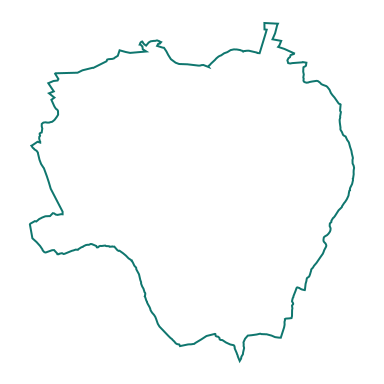 Martinesti, Hunedoara, Romania (Equal Earth projection)
{"feature_id": "2599482B2087288653186", "entity_name": "Martinesti", "entity_type": "district", "adm_level": 2, "iso_a3": "ROU", "parent_name": "Romania", "parent_adm1": "Hunedoara", "projection": "equal_earth", "projection_center": [23.115, 45.787], "detail": "fine", "context": "isolated", "style": "outline", "palette": "teal", "viewbox_px": 384, "rotation_deg": 0, "n_neighbors": 0, "source": "geoboundaries", "source_scale": "gbopen_adm2", "svg_char_len": 5833}
<svg xmlns="http://www.w3.org/2000/svg" viewBox="0 0 384 384"><path d="M291.5,318.1L292.0,316.1L292.1,309.9L292.4,308.4L292.0,305.7L292.1,305.4L293.1,304.2L293.2,303.8L292.8,302.6L292.1,301.6L292.0,301.2L292.7,298.2L293.4,297.0L293.4,296.3L295.5,291.0L296.5,288.1L297.0,287.5L297.4,287.4L299.3,288.0L300.6,288.9L302.0,289.5L304.2,290.0L304.8,290.1L304.9,289.9L305.6,283.8L306.4,281.0L306.7,278.9L307.1,278.0L307.5,277.6L308.4,277.2L309.2,276.4L310.0,274.4L310.8,271.6L311.1,270.8L311.2,269.7L311.5,269.1L312.9,267.7L314.0,265.8L316.5,262.9L320.8,256.6L322.8,253.8L323.5,252.2L324.2,250.2L326.1,246.6L326.3,245.6L326.2,245.0L325.6,243.6L324.1,242.0L323.7,241.4L323.5,240.7L323.5,239.5L323.8,237.6L324.0,237.2L324.9,236.4L327.1,235.1L328.4,233.8L329.3,232.6L330.0,231.5L330.4,230.3L330.6,228.7L330.4,227.7L329.7,226.2L329.7,225.6L329.8,223.8L330.0,223.3L331.3,222.1L331.4,221.7L331.3,221.1L331.6,220.4L333.0,218.1L333.9,217.4L334.9,216.1L338.6,210.3L341.8,207.2L342.0,206.3L344.1,203.1L345.2,201.8L346.9,199.1L348.5,195.6L349.0,192.3L349.4,190.6L349.8,190.1L350.0,190.1L349.9,188.9L350.3,187.6L352.1,184.0L353.0,180.1L352.8,178.6L353.1,178.3L353.7,174.2L353.6,172.3L353.7,170.1L354.1,167.9L353.9,167.0L353.6,165.6L352.6,163.5L352.5,159.9L352.9,158.2L352.8,157.4L351.9,153.8L351.4,150.8L350.2,147.3L348.9,142.5L348.1,141.2L347.3,140.2L345.8,137.0L345.7,136.6L343.9,135.6L343.0,134.8L342.0,132.2L340.6,129.9L340.4,129.2L340.5,127.7L339.8,122.6L339.6,119.9L340.2,117.6L340.1,116.4L340.9,112.0L340.2,111.0L340.1,110.2L340.6,104.5L340.3,104.2L339.1,103.8L338.6,103.4L334.5,97.5L332.5,95.2L330.9,93.0L329.5,89.7L327.3,86.9L326.3,86.1L323.0,84.9L321.7,84.3L321.1,83.9L320.1,82.7L318.1,81.2L317.0,80.9L316.3,80.9L312.2,81.5L309.6,82.0L308.2,82.5L306.5,82.7L304.8,82.2L304.0,81.7L303.5,80.8L303.5,80.2L303.7,78.6L303.3,77.7L303.5,76.1L303.8,74.5L303.2,71.7L303.4,67.7L303.5,67.2L305.6,66.1L306.0,65.5L306.4,62.7L302.9,62.1L302.8,62.3L292.3,63.1L290.2,63.5L288.2,63.1L287.4,60.3L288.5,58.2L290.0,57.1L290.6,55.1L293.9,54.0L294.1,53.3L284.3,48.9L278.2,46.9L278.8,46.2L279.6,44.9L281.2,40.9L272.5,39.3L275.1,33.3L277.1,25.4L277.9,23.7L264.4,23.0L264.5,29.4L266.7,29.7L265.7,33.2L259.6,53.2L257.3,53.0L257.0,52.6L248.8,50.7L245.9,50.8L245.5,51.0L244.3,51.0L243.2,51.6L242.7,50.9L241.4,50.6L240.3,50.1L236.9,49.5L233.8,49.4L230.6,50.1L227.4,52.1L224.1,53.3L221.1,55.4L220.4,55.6L218.6,56.5L216.3,58.4L215.0,59.9L210.9,63.7L209.8,65.0L208.7,65.8L208.4,66.5L208.8,67.1L203.4,65.0L201.7,65.1L199.9,65.6L198.5,65.6L187.4,64.3L179.1,64.0L175.6,62.7L170.9,59.2L168.2,54.9L166.4,51.4L164.0,47.8L162.6,47.6L157.1,45.9L158.2,43.9L159.8,43.6L161.1,42.1L160.2,41.7L159.6,41.9L159.1,41.1L157.0,40.4L155.1,40.9L153.7,40.9L150.7,41.3L148.7,42.5L146.1,45.6L144.4,44.4L143.3,43.3L142.9,42.4L142.2,41.5L141.4,41.8L140.5,42.6L139.7,44.6L140.6,44.7L141.9,46.0L142.2,46.5L142.4,46.5L142.8,49.3L146.3,51.5L130.1,52.9L125.7,52.0L119.6,50.3L117.8,55.8L114.6,57.8L114.0,58.4L112.3,58.9L108.5,59.2L107.2,59.6L106.5,61.3L93.3,67.9L92.6,67.8L82.5,70.3L77.6,72.7L55.5,73.3L55.1,73.7L58.4,79.0L57.6,80.5L53.5,81.0L48.3,83.2L53.8,91.4L49.0,93.3L54.4,97.6L51.4,99.8L54.4,106.5L55.9,108.8L56.6,109.2L57.7,110.3L58.0,111.2L58.1,114.7L56.9,116.7L54.6,119.8L53.2,121.0L52.1,121.8L50.2,122.2L49.1,122.6L47.0,122.6L45.8,122.3L43.8,122.5L43.2,122.7L41.8,123.9L41.7,126.1L42.1,127.9L42.3,128.4L41.7,132.5L40.5,132.9L39.7,133.5L39.7,134.5L40.1,135.7L39.8,136.3L39.3,136.8L39.2,138.6L39.8,141.0L40.2,141.6L40.2,142.6L37.5,141.8L36.6,142.4L32.3,145.3L31.4,145.7L32.8,147.8L34.0,148.7L34.3,149.3L36.6,150.8L37.9,152.6L37.9,153.1L39.5,159.8L41.1,164.0L43.3,167.4L43.9,168.2L46.9,176.4L48.8,182.2L50.7,188.7L62.6,211.7L62.6,214.3L61.0,214.2L57.6,214.9L55.8,214.6L54.1,213.4L52.8,213.2L50.0,216.1L46.7,216.2L45.3,216.3L42.0,217.6L40.4,218.5L39.4,218.9L36.3,221.5L34.9,221.1L30.3,223.7L29.9,224.4L32.4,238.3L36.6,242.1L40.1,246.0L42.4,249.4L42.7,250.4L44.4,252.2L45.7,252.5L52.1,250.2L54.1,250.1L57.1,253.4L57.6,253.7L57.5,254.2L58.2,254.3L59.0,254.1L59.5,253.7L62.0,253.2L63.6,254.0L64.6,253.8L71.9,250.8L73.5,250.4L75.7,249.6L77.9,249.8L78.2,249.3L81.5,247.2L82.8,246.9L83.2,246.4L85.8,245.1L87.3,244.8L88.9,244.8L90.7,244.0L91.8,244.1L96.3,246.0L96.8,247.3L97.5,247.4L98.3,247.2L99.0,246.4L100.1,245.9L101.7,246.0L104.7,245.6L105.4,245.6L105.9,246.0L106.5,246.1L109.0,246.2L109.5,246.7L109.9,246.8L110.6,246.6L111.2,246.7L112.2,246.4L113.0,246.7L114.3,246.6L117.4,250.2L118.6,250.9L119.4,250.7L119.6,250.8L123.0,253.2L125.9,255.6L128.6,258.4L130.9,259.9L131.6,260.9L131.9,260.7L132.5,261.9L133.0,262.8L134.1,265.2L134.5,265.9L136.0,267.5L136.2,267.9L136.3,269.3L139.0,274.3L140.3,280.0L141.1,282.2L141.1,283.6L142.2,286.5L143.5,288.7L143.8,289.9L144.0,290.2L144.4,291.9L145.2,293.1L145.3,294.0L145.0,295.3L145.1,295.6L144.8,296.3L145.0,296.4L145.0,296.8L145.4,297.7L146.2,300.3L146.8,301.5L147.0,301.7L147.0,302.3L147.8,304.0L149.5,307.0L150.2,308.6L150.5,310.0L151.2,311.3L152.1,312.7L154.1,315.0L155.3,316.9L156.1,318.9L157.8,323.8L159.5,326.6L168.3,335.8L170.4,337.9L172.1,339.2L172.5,339.8L174.4,341.6L175.3,342.8L175.9,343.4L177.1,344.1L179.3,344.5L180.0,346.1L188.2,344.4L191.2,344.3L194.4,343.8L195.1,343.1L201.3,339.4L206.5,336.0L214.9,333.9L215.3,334.0L215.7,335.9L216.4,336.4L218.1,336.7L219.4,337.9L219.7,339.4L220.5,339.9L222.4,340.1L226.0,342.5L230.3,344.5L233.7,345.2L234.4,346.1L234.5,346.8L234.7,347.1L234.7,348.4L236.7,353.0L237.1,354.3L237.4,354.8L237.7,355.7L237.8,356.4L239.7,361.0L241.1,358.6L241.4,356.7L242.9,354.3L243.1,352.5L244.1,348.1L244.0,347.3L243.6,346.1L243.7,344.2L243.5,342.3L245.1,338.7L247.8,335.6L251.7,335.2L256.7,334.5L260.1,333.7L261.5,334.1L266.7,334.3L271.6,335.6L275.0,337.1L278.6,337.6L280.8,337.7L284.1,327.4L284.6,324.7L284.5,321.9L285.0,320.0L284.9,319.1L285.9,318.6L289.0,318.4L291.5,318.1Z" fill="none" stroke="#0f766e" stroke-width="2"/></svg>